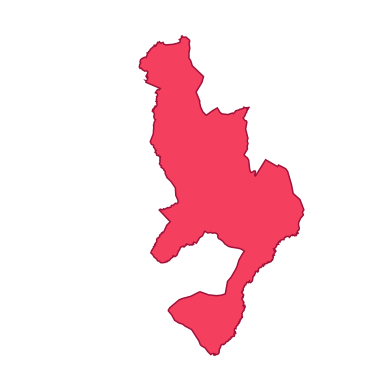 outline of Sai Mun, Yasothon, Thailand, rotated 211°
{"feature_id": "78962969B82059554981356", "entity_name": "Sai Mun", "entity_type": "district", "adm_level": 2, "iso_a3": "THA", "parent_name": "Thailand", "parent_adm1": "Yasothon", "projection": "equal_earth", "projection_center": [104.191, 15.992], "detail": "fine", "context": "isolated", "style": "filled", "palette": "rose", "viewbox_px": 384, "rotation_deg": 211, "n_neighbors": 0, "source": "geoboundaries", "source_scale": "gbopen_adm2", "svg_char_len": 5941}
<svg xmlns="http://www.w3.org/2000/svg" viewBox="0 0 384 384"><g transform="rotate(211 192 192)"><path d="M92.2,62.3L91.6,63.6L90.4,64.6L89.9,64.2L89.4,64.7L89.4,63.6L88.3,63.8L87.9,65.0L87.0,65.4L86.3,66.5L86.0,68.0L87.6,71.6L87.6,73.7L88.3,75.5L87.2,77.4L86.3,77.4L85.5,79.7L85.6,81.1L84.4,82.5L84.3,84.5L83.9,84.4L83.4,85.5L83.6,87.5L83.0,87.5L83.1,88.7L81.5,90.2L81.9,91.4L82.3,91.3L82.7,91.9L82.1,91.9L82.5,93.2L81.9,93.5L82.8,94.5L83.2,94.0L84.0,94.4L85.1,96.8L83.9,97.5L84.8,99.0L84.6,100.7L84.2,101.5L84.6,102.6L84.1,103.6L84.5,104.0L84.3,104.9L84.7,104.7L84.6,107.1L85.0,107.4L84.5,108.7L84.7,109.8L84.2,110.3L84.7,111.2L85.3,111.1L85.9,112.8L86.7,113.6L86.8,115.4L86.5,117.6L86.9,117.9L87.3,121.0L88.4,122.0L89.0,121.4L88.8,120.6L89.2,120.7L89.3,120.2L90.1,122.8L90.7,123.3L90.6,124.0L94.1,125.9L94.5,127.4L93.9,127.8L94.6,128.5L94.2,128.8L94.7,130.4L97.6,131.4L97.4,132.4L97.9,132.6L98.0,133.2L97.6,133.4L97.5,134.4L98.4,135.6L98.6,137.7L98.4,137.9L98.8,139.0L98.2,140.1L98.5,142.9L97.4,143.2L97.0,145.0L96.5,143.9L96.1,144.5L95.1,144.5L94.5,147.0L96.0,150.8L95.6,153.0L96.1,153.5L95.8,154.0L95.9,154.9L96.5,156.2L96.3,157.1L95.4,157.1L95.1,157.7L94.6,157.3L94.3,157.9L95.5,161.0L94.6,162.6L94.0,162.8L93.8,164.4L93.3,165.3L93.5,165.8L92.6,165.5L92.9,166.9L92.4,167.1L92.9,167.7L91.0,169.3L91.0,170.3L90.4,170.5L90.7,171.4L89.6,171.5L88.4,173.2L88.7,174.4L88.0,175.0L88.6,177.8L89.6,178.5L89.0,179.9L89.9,179.8L89.5,181.2L89.8,181.7L89.8,183.6L90.2,184.0L89.7,184.5L90.3,184.9L90.4,184.3L91.3,184.1L91.3,184.9L92.0,184.7L92.2,185.9L92.6,185.8L91.7,187.3L91.8,190.0L92.4,190.6L91.0,191.8L91.6,192.0L92.1,193.8L91.7,194.8L90.9,194.4L91.1,196.2L90.4,197.5L88.7,198.5L89.2,200.5L88.5,201.3L88.5,202.2L86.5,203.7L85.1,203.3L84.8,205.5L83.9,207.0L83.2,206.6L82.7,207.8L81.7,207.3L80.3,208.2L80.4,209.0L81.0,209.2L81.1,211.0L80.4,210.2L79.8,211.4L81.2,212.2L81.4,213.4L80.8,214.6L81.4,216.2L83.9,218.8L84.9,221.0L85.4,225.6L84.7,229.7L87.0,231.6L86.9,234.3L95.6,241.1L104.5,242.8L110.3,249.3L120.5,258.8L123.7,260.2L131.7,259.7L131.8,257.8L145.5,257.6L145.8,238.5L146.7,238.5L147.9,242.0L148.8,242.5L149.7,242.1L150.2,240.5L151.6,239.1L153.8,240.6L159.8,248.4L162.0,249.7L165.7,250.2L166.6,251.0L166.6,257.4L168.3,259.7L169.0,262.5L171.1,264.2L171.6,266.7L178.5,273.6L180.9,280.1L182.0,280.9L183.8,280.6L186.2,281.7L185.9,284.5L186.4,286.6L186.3,288.7L186.7,289.5L186.7,293.8L187.5,293.4L188.1,291.8L188.7,292.2L190.4,291.3L191.1,291.5L191.0,290.8L192.2,288.6L193.6,287.6L194.1,286.5L196.3,284.2L196.8,280.5L198.0,280.5L201.2,276.8L206.6,274.4L209.2,274.7L213.6,277.1L216.0,272.8L219.3,265.1L224.0,266.3L228.2,269.1L231.2,272.2L232.1,273.3L232.0,273.8L240.0,279.8L240.0,291.2L241.6,296.9L256.7,300.3L260.8,303.9L263.9,305.4L264.4,306.8L266.0,309.1L267.9,314.0L271.3,318.3L271.3,319.5L272.4,320.9L277.0,321.7L279.5,320.0L280.9,320.7L281.2,320.1L280.7,319.4L280.4,317.8L281.3,316.1L280.3,316.0L279.4,314.2L281.3,311.8L284.6,308.6L290.4,304.5L292.4,304.3L293.9,305.3L295.4,303.4L297.3,304.0L297.8,302.5L298.4,302.6L298.3,298.2L299.0,297.8L298.6,298.6L298.9,299.0L300.0,298.3L299.6,297.8L301.2,292.7L301.0,291.2L301.5,290.2L301.1,288.9L302.1,288.2L301.0,286.5L300.7,283.6L301.8,283.3L302.6,282.2L303.7,280.5L304.2,278.8L303.5,276.6L302.6,276.4L302.4,274.2L301.5,271.9L300.1,271.2L299.6,271.9L298.8,271.9L297.8,271.3L294.7,271.3L293.5,272.5L291.8,272.2L291.1,270.3L291.1,267.6L290.7,267.5L290.3,268.7L289.8,268.3L289.9,266.8L289.3,266.6L289.1,267.5L288.7,267.3L288.0,264.8L288.2,263.9L289.2,263.6L288.5,263.4L288.0,262.3L272.5,264.4L272.7,262.8L273.9,262.4L274.4,261.2L274.5,258.2L273.7,258.2L273.7,258.8L272.1,258.4L271.1,256.3L271.5,255.5L270.9,255.1L270.4,253.2L269.5,252.3L269.5,251.3L268.7,251.7L268.3,250.1L267.5,249.7L266.7,248.2L266.8,246.2L267.8,246.6L267.8,244.1L267.3,244.0L267.4,242.9L268.2,242.6L267.8,241.5L267.2,241.9L267.2,240.6L266.0,240.8L264.3,239.2L263.8,238.5L263.9,237.6L263.5,236.8L261.9,235.3L260.4,235.3L260.3,232.0L259.5,230.7L259.6,229.8L258.1,227.7L255.1,221.8L253.7,213.6L251.2,212.0L249.1,212.3L247.9,210.5L246.9,210.4L245.3,209.6L245.2,209.1L244.3,209.2L244.0,206.9L243.1,207.1L241.1,205.4L240.1,205.6L239.5,206.3L239.2,205.8L237.4,206.0L237.2,204.7L236.7,204.8L235.9,202.5L234.9,201.7L234.7,199.8L233.2,198.7L232.0,198.8L231.5,198.4L231.4,197.4L228.0,197.0L227.3,196.2L225.4,195.8L224.7,194.2L220.7,191.4L215.7,190.3L208.5,187.1L204.1,180.7L199.9,177.8L198.6,176.0L198.9,174.3L200.4,173.8L201.3,171.0L202.5,170.1L202.7,169.4L202.2,168.8L202.5,167.8L203.5,167.2L204.3,165.9L204.9,166.0L206.9,162.7L207.6,163.0L208.1,161.6L210.4,160.9L210.8,159.7L195.3,155.3L196.5,150.6L195.6,143.3L196.4,142.6L196.1,141.7L197.0,141.3L196.8,140.3L197.4,139.0L197.2,137.5L196.7,137.2L197.4,135.0L197.9,134.7L197.8,133.1L196.5,130.7L197.0,128.8L196.1,127.9L196.8,127.5L196.2,126.5L196.8,125.3L196.3,124.8L196.4,121.0L195.9,118.6L193.4,118.1L191.2,116.8L187.8,116.3L186.0,115.3L185.1,115.7L182.1,115.4L179.7,117.0L178.1,118.6L177.9,119.7L177.3,119.6L176.9,120.9L176.2,121.5L175.9,124.0L174.9,126.3L175.4,127.0L175.2,127.8L174.2,127.5L173.3,127.9L172.5,129.5L172.4,131.1L172.8,131.6L172.9,133.5L173.3,134.2L172.8,135.1L173.3,138.6L172.2,140.3L171.2,141.1L170.7,140.7L170.2,141.2L170.0,143.2L169.5,143.6L169.8,144.7L166.6,145.3L165.6,146.4L164.7,146.5L163.7,148.0L164.6,148.4L164.5,149.9L161.9,150.4L161.9,156.8L160.5,159.7L160.9,164.9L157.4,165.0L155.0,167.0L153.3,167.2L151.8,168.6L149.4,169.1L147.4,168.4L147.0,166.9L145.2,165.8L143.4,166.0L140.1,165.6L136.8,164.4L132.7,164.2L129.8,165.0L123.3,167.7L120.0,168.5L116.6,168.2L116.9,164.9L116.7,157.9L115.0,151.1L114.7,147.6L114.6,139.1L115.5,133.7L111.0,121.8L113.8,118.6L117.5,115.8L124.7,112.4L133.4,110.7L134.3,110.0L139.3,102.0L145.5,95.6L147.5,92.9L151.4,81.5L151.5,78.6L151.0,77.9L146.1,76.2L140.8,73.1L135.6,73.0L132.1,73.9L128.5,73.5L121.5,73.9L109.5,68.0L106.3,65.5L104.7,65.0L100.3,65.1L96.4,63.4L92.2,62.3Z" fill="#f43f5e" stroke="#9f1239" stroke-width="1.5"/></g></svg>